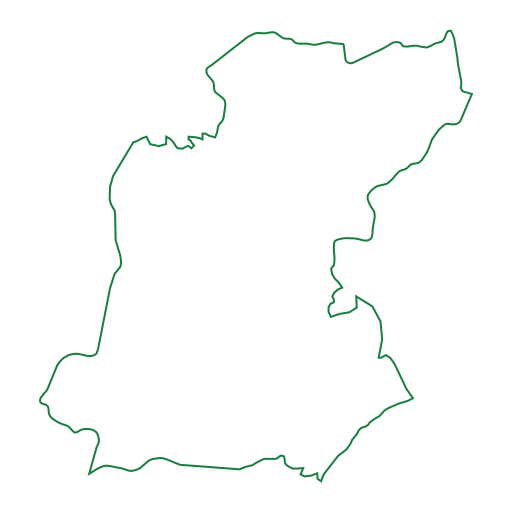 Roi Et, Mercator projection
{"feature_id": "THA-442", "entity_name": "Roi Et", "entity_type": "Province", "adm_level": 1, "iso_a3": "THA", "parent_name": "Thailand", "parent_adm1": "", "projection": "mercator", "projection_center": [103.855, 15.941], "detail": "fine", "context": "isolated", "style": "outline", "palette": "green", "viewbox_px": 512, "rotation_deg": 0, "n_neighbors": 0, "source": "natural_earth", "source_scale": "10m", "svg_char_len": 4559}
<svg xmlns="http://www.w3.org/2000/svg" viewBox="0 0 512 512"><path d="M272.9,32.2L274.5,32.5L275.9,33.0L281.6,37.2L282.8,37.9L284.2,38.5L285.8,38.7L289.2,38.7L290.8,39.0L292.2,39.7L293.1,40.6L294.0,41.7L295.0,42.6L296.4,43.1L297.9,43.5L299.7,43.7L306.1,43.6L308.8,43.9L311.9,44.6L314.4,44.8L317.7,44.4L324.4,42.7L327.9,42.3L330.4,42.3L333.4,43.2L342.9,44.0L343.4,44.4L343.7,44.9L345.5,59.8L346.4,61.3L347.7,62.6L351.0,63.3L352.7,62.9L383.4,48.3L392.0,43.2L394.0,42.3L395.7,42.1L397.3,42.1L399.0,42.4L400.2,42.9L401.1,43.7L403.0,46.1L404.9,46.5L407.6,46.6L412.4,45.8L416.9,45.7L419.9,46.5L426.4,47.5L428.9,46.7L431.3,45.6L433.6,44.2L434.9,43.6L440.9,41.9L442.1,41.2L443.2,40.3L444.0,39.2L444.7,37.9L446.4,33.6L447.0,32.3L447.9,31.3L449.3,30.8L450.8,30.7L452.4,33.6L454.2,38.8L457.4,57.8L457.9,63.7L461.2,81.0L461.3,82.8L461.1,86.4L460.8,88.1L461.6,89.8L462.4,91.2L471.9,94.0L460.5,120.7L459.7,121.8L458.7,122.8L457.5,123.5L456.1,124.0L454.4,124.3L452.9,124.4L447.9,123.8L446.4,123.9L445.1,124.4L444.0,125.1L439.6,129.0L437.8,131.1L432.2,139.1L431.6,140.5L428.3,149.5L426.4,153.3L421.7,160.2L419.6,162.1L418.5,162.8L416.9,163.2L412.1,164.0L410.2,165.1L409.5,165.6L407.8,167.4L406.7,168.4L405.4,169.1L399.9,171.0L398.8,171.7L394.9,175.9L393.3,178.1L392.4,179.1L388.3,182.8L387.2,183.5L385.8,184.1L378.1,185.9L376.7,186.4L375.5,187.1L373.3,188.8L371.2,190.6L369.5,192.7L367.9,195.1L367.6,197.0L367.8,199.5L369.5,203.9L370.6,206.1L374.0,211.4L374.4,212.7L374.7,214.8L374.7,217.3L372.9,227.2L372.4,234.2L372.0,236.5L371.4,237.7L370.8,238.8L369.7,239.6L368.4,240.2L366.9,240.5L365.2,240.6L363.5,240.4L357.2,238.8L353.8,238.4L346.4,238.1L342.9,238.4L337.5,239.6L335.5,240.7L334.6,241.4L334.0,244.1L333.8,248.4L334.5,258.4L334.3,262.7L333.8,265.4L333.0,266.3L331.1,268.7L332.2,274.4L335.1,278.9L338.8,282.7L342.2,287.7L337.9,289.5L334.1,292.8L332.3,296.5L333.9,299.5L333.9,302.2L330.2,304.0L328.5,307.5L328.6,312.0L330.9,316.9L339.2,314.0L349.5,312.2L356.8,307.5L356.2,296.4L372.3,306.3L380.5,321.4L382.2,339.3L378.7,357.7L381.2,357.7L385.7,355.1L390.3,357.9L394.6,364.0L406.3,388.7L412.9,398.2L407.8,400.9L399.0,403.5L388.6,408.0L384.6,410.4L379.6,416.0L373.9,419.3L370.0,422.2L367.8,425.2L364.9,426.8L362.9,427.3L361.2,427.9L359.1,429.9L356.1,435.2L352.3,439.6L350.1,444.4L346.4,449.5L338.0,456.0L323.6,474.5L321.1,481.3L317.5,478.7L317.2,473.3L311.2,475.6L304.5,476.4L300.6,474.4L303.2,468.1L296.3,468.6L292.6,468.5L289.9,467.3L286.3,464.9L285.0,463.0L284.4,457.7L283.8,456.2L280.9,455.6L279.0,456.7L277.3,458.3L275.4,458.9L263.9,458.9L256.1,462.8L252.1,465.4L250.8,465.5L244.9,467.1L239.5,469.3L180.0,464.8L165.8,459.0L162.7,458.2L160.0,458.0L153.4,458.9L152.0,459.3L149.3,460.4L148.0,461.2L140.7,467.6L139.2,468.6L137.2,469.5L133.2,470.7L130.7,470.9L128.7,470.6L122.3,468.5L109.6,466.0L106.4,465.7L104.5,465.9L102.9,466.3L97.6,468.6L89.2,473.8L96.7,447.0L98.6,443.0L98.7,442.5L98.9,440.9L98.8,438.8L97.9,435.1L97.0,433.2L95.9,431.8L93.5,430.3L92.1,429.7L90.5,429.3L87.1,428.9L83.6,429.1L82.0,429.5L80.7,430.0L77.1,432.1L75.8,432.5L74.4,432.3L73.3,431.6L68.6,426.6L67.4,425.9L64.5,424.8L63.0,424.4L60.1,423.3L57.5,422.0L52.8,418.9L50.8,417.0L50.0,415.9L49.3,414.5L48.9,413.2L48.7,411.6L48.6,409.9L48.4,408.2L48.0,406.8L47.1,405.7L46.0,404.8L44.7,404.3L43.2,404.0L41.8,403.4L40.8,402.6L40.1,401.4L40.1,399.7L40.8,397.6L44.4,393.0L46.1,391.4L47.5,389.0L57.2,365.4L59.7,361.8L63.5,358.0L68.4,355.2L69.7,354.7L72.7,354.1L76.2,353.7L79.5,354.1L87.8,356.0L91.3,356.0L92.8,355.6L94.3,355.1L95.4,354.4L96.5,353.5L98.0,349.4L110.0,288.4L114.3,274.8L114.9,273.5L120.1,267.1L120.7,265.7L121.0,263.3L121.0,260.5L120.2,255.4L115.6,240.2L115.1,213.7L114.6,210.6L111.1,204.4L110.6,203.0L109.9,199.9L109.6,198.2L110.1,186.7L113.1,176.0L133.3,142.3L136.6,141.3L142.6,138.0L146.5,136.7L150.2,144.2L158.8,146.1L166.1,144.1L166.3,136.7L170.8,139.3L173.9,143.1L176.0,146.5L177.7,148.3L182.7,148.6L185.8,146.8L188.3,145.8L191.3,148.3L194.1,145.4L192.2,143.3L190.4,140.5L188.6,139.4L188.6,136.7L195.8,137.3L199.1,138.0L202.5,139.4L202.5,133.6L205.3,133.6L209.6,135.9L215.2,137.4L216.8,133.0L218.2,126.7L218.7,125.2L218.9,124.9L221.5,121.8L222.3,120.7L223.0,119.4L223.5,118.0L225.3,105.8L225.2,102.5L224.9,101.2L224.4,100.1L224.0,99.5L222.4,97.8L215.8,92.6L215.0,91.5L214.4,90.3L214.1,88.7L214.0,87.2L214.0,85.5L213.7,83.9L213.3,82.4L212.7,81.0L211.0,78.9L210.2,78.0L207.5,74.8L206.8,73.3L206.4,71.8L206.5,69.3L207.5,67.9L208.8,66.9L211.1,65.5L247.5,37.1L252.4,34.5L255.3,33.3L257.7,33.0L264.6,33.3L266.4,33.2L269.6,32.5L272.9,32.2Z" fill="none" stroke="#15803d" stroke-width="2"/></svg>